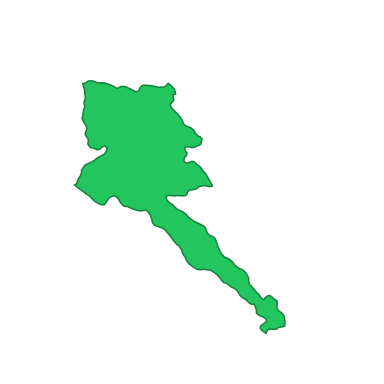 Ibiracatu, Minas Gerais, Brazil, rotated 123°
{"feature_id": "56859067B13974408487448", "entity_name": "Ibiracatu", "entity_type": "district", "adm_level": 2, "iso_a3": "BRA", "parent_name": "Brazil", "parent_adm1": "Minas Gerais", "projection": "equal_earth", "projection_center": [-44.13, -15.651], "detail": "fine", "context": "isolated", "style": "filled", "palette": "green", "viewbox_px": 384, "rotation_deg": 123, "n_neighbors": 0, "source": "geoboundaries", "source_scale": "gbopen_adm2", "svg_char_len": 3873}
<svg xmlns="http://www.w3.org/2000/svg" viewBox="0 0 384 384"><g transform="rotate(123 192 192)"><path d="M270.2,52.8L267.8,53.4L265.4,53.1L263.6,50.6L261.3,46.6L258.1,45.3L256.1,43.0L254.1,41.3L252.2,42.1L250.4,43.3L248.2,45.1L245.6,47.5L244.5,51.1L244.4,54.6L243.5,57.1L241.6,58.6L238.7,60.0L236.9,61.8L237.1,64.4L236.6,67.1L236.3,70.3L238.5,72.3L241.2,73.0L243.7,73.4L242.9,76.7L241.6,80.1L240.8,84.1L239.7,87.2L238.9,89.9L238.1,93.4L235.7,96.1L233.1,97.9L231.5,100.8L230.2,103.7L229.7,107.4L230.3,110.3L230.3,113.4L229.9,116.7L228.6,119.8L228.1,124.9L228.9,129.2L227.8,133.3L226.2,136.6L225.0,138.5L223.7,140.4L222.2,142.4L220.4,144.5L218.3,147.6L218.0,150.4L218.8,153.8L218.0,157.1L216.1,159.2L214.8,161.2L214.1,163.9L214.5,167.7L215.4,173.0L215.4,176.6L215.1,181.0L214.0,184.6L213.6,188.5L214.1,191.8L214.5,194.7L214.0,198.3L213.2,201.8L213.2,204.7L212.7,207.4L211.6,210.1L209.4,211.4L207.3,209.3L206.1,207.1L204.5,204.3L202.6,201.7L201.3,199.6L200.1,197.4L198.6,195.5L196.5,195.1L194.3,195.8L192.3,195.4L190.6,193.8L188.6,191.3L186.5,189.7L183.8,189.3L181.4,186.8L179.4,184.3L178.3,180.9L176.3,178.2L174.8,179.4L173.8,181.7L172.3,184.6L170.6,187.7L169.2,190.7L168.1,194.4L167.0,196.9L166.4,199.3L166.5,201.8L166.0,204.3L165.5,207.2L166.7,209.1L168.5,210.4L170.9,212.3L170.7,215.3L168.7,216.6L166.5,217.0L164.1,216.6L161.9,217.5L160.9,220.3L158.7,222.3L156.0,220.1L154.9,216.2L152.7,214.0L150.4,212.6L148.8,211.3L146.9,210.6L144.7,211.5L142.2,212.2L141.3,214.7L141.7,217.4L140.9,221.1L139.3,223.9L138.8,227.8L139.4,230.6L140.0,233.2L139.4,236.1L137.3,239.3L135.7,242.3L134.6,245.6L133.9,249.0L133.4,251.6L132.4,255.2L130.6,258.0L128.2,257.6L125.8,257.3L124.1,257.7L122.5,259.6L120.8,260.8L118.8,259.1L117.2,260.5L115.2,263.0L114.2,267.2L113.8,271.2L117.4,271.7L119.9,273.3L120.9,275.4L122.4,276.8L123.5,279.7L124.2,282.4L125.7,285.3L127.5,288.8L129.3,291.5L131.8,292.4L134.3,292.0L137.0,292.1L138.6,293.9L138.9,297.3L139.3,301.3L140.1,305.9L141.9,308.7L144.3,310.2L146.2,311.4L146.0,314.6L146.5,318.5L147.4,321.9L148.2,324.8L150.0,328.0L151.9,330.5L152.2,333.1L153.1,336.3L155.4,339.4L158.4,340.7L160.6,342.7L162.4,340.6L164.6,338.0L166.1,336.7L168.1,335.4L169.8,333.8L172.1,332.3L174.9,331.6L176.9,330.5L178.4,328.6L180.3,327.9L182.4,327.6L184.3,326.8L186.1,325.9L188.2,324.9L190.3,324.3L191.8,321.6L193.0,319.3L194.3,316.6L196.1,314.4L199.4,313.9L201.6,313.2L203.2,310.4L204.1,307.9L206.0,306.7L208.5,305.5L210.1,301.6L208.8,298.4L208.3,294.6L205.9,292.4L203.5,292.1L200.8,290.2L201.4,287.3L203.2,286.4L205.4,286.0L208.1,286.3L210.6,287.7L213.5,289.2L216.4,290.5L218.8,291.2L221.1,292.2L223.4,293.8L225.0,294.7L227.1,296.2L230.0,296.5L233.6,296.6L235.7,295.4L238.5,294.5L240.9,294.5L243.2,294.5L245.8,293.8L247.7,293.3L250.1,294.3L250.4,291.8L250.6,288.8L250.8,286.1L251.0,283.2L251.2,279.6L251.1,276.3L252.0,272.2L252.7,268.8L252.7,265.9L252.5,263.3L251.7,260.2L250.3,258.4L246.9,258.4L244.4,258.4L242.4,258.3L240.1,257.4L238.1,255.9L237.1,253.6L237.8,250.3L239.6,246.7L240.8,243.5L240.8,240.7L239.4,238.3L238.6,233.1L238.0,230.2L236.9,226.9L235.2,223.9L233.7,222.4L232.2,220.8L232.9,217.5L234.2,214.1L236.8,211.0L239.3,208.2L240.3,205.3L239.6,202.4L239.0,199.7L238.4,197.3L238.4,194.0L239.7,190.1L240.7,186.7L241.8,183.7L243.3,179.6L244.3,176.1L244.2,173.3L245.4,171.4L246.4,168.5L248.5,166.8L249.8,164.1L250.6,161.7L252.5,159.3L253.9,155.4L254.0,152.8L254.2,150.4L254.2,147.9L254.0,145.3L252.7,142.7L250.8,140.4L249.3,137.6L247.5,133.8L247.4,129.2L247.8,125.9L248.5,122.5L249.6,120.4L250.7,116.4L249.8,113.1L250.0,110.2L250.3,107.2L249.8,104.4L249.8,101.7L251.0,98.6L252.4,95.8L253.3,92.8L252.8,88.4L253.8,84.7L253.8,81.2L252.4,79.1L253.4,76.7L254.8,75.1L256.5,73.3L258.5,72.0L258.9,69.1L258.6,66.3L258.1,63.3L258.3,60.3L260.2,59.0L262.5,59.8L265.0,60.8L267.4,61.5L269.4,60.2L270.2,56.6L270.2,52.8Z" fill="#22c55e" stroke="#15803d" stroke-width="1.5"/></g></svg>